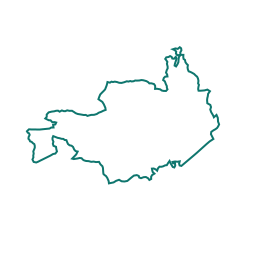 Eugênio de Castro, Rio Grande do Sul, Brazil (Natural Earth projection), rotated 48°
{"feature_id": "56859067B78433093473596", "entity_name": "Eugênio de Castro", "entity_type": "district", "adm_level": 2, "iso_a3": "BRA", "parent_name": "Brazil", "parent_adm1": "Rio Grande do Sul", "projection": "natural_earth1", "projection_center": [-54.267, -28.578], "detail": "fine", "context": "isolated", "style": "outline", "palette": "teal", "viewbox_px": 256, "rotation_deg": 48, "n_neighbors": 0, "source": "geoboundaries", "source_scale": "gbopen_adm2", "svg_char_len": 3759}
<svg xmlns="http://www.w3.org/2000/svg" viewBox="0 0 256 256"><g transform="rotate(48 128 128)"><path d="M193.3,71.9L188.1,70.5L186.6,68.7L186.9,66.0L187.4,63.9L187.6,61.7L187.1,59.9L186.3,57.9L183.5,56.8L180.6,54.5L177.5,53.5L177.5,57.0L175.9,56.4L174.0,56.0L171.9,55.6L169.3,54.5L168.0,52.3L165.9,51.4L162.7,52.5L160.1,50.5L158.8,49.0L157.9,47.6L156.2,45.6L155.5,42.5L152.6,43.3L151.3,45.9L149.8,47.9L148.7,49.3L147.5,50.6L146.0,49.8L144.6,48.2L143.4,46.4L141.8,46.1L140.1,44.1L138.1,42.9L136.1,42.3L134.2,42.6L132.1,42.7L129.9,43.4L128.1,44.1L126.5,45.0L124.7,44.4L122.9,43.3L121.3,41.4L119.5,41.5L117.6,41.3L115.5,40.1L113.9,40.5L112.3,39.5L110.7,37.9L108.8,40.0L109.4,42.8L111.3,45.0L112.8,46.5L113.8,48.8L114.4,51.1L112.8,51.6L111.7,50.2L110.1,47.4L108.7,45.4L107.1,44.9L107.3,47.5L106.0,48.6L104.4,48.0L102.7,48.6L102.4,50.3L101.1,52.3L101.6,54.1L103.2,54.2L105.2,54.5L106.3,56.1L108.8,57.4L110.2,58.6L110.9,60.4L112.3,62.7L114.4,63.1L116.1,64.2L114.7,66.0L114.8,67.9L115.9,69.8L118.0,69.4L120.7,70.5L122.8,71.1L124.1,72.2L125.7,72.8L125.9,75.0L124.3,76.7L122.8,77.8L120.8,78.2L118.5,80.0L117.0,81.7L115.9,80.5L114.6,79.5L112.7,79.3L110.5,80.7L109.1,82.3L107.6,82.3L105.6,82.9L103.8,84.0L102.5,84.9L101.3,86.0L100.2,87.9L98.7,89.7L97.5,90.9L97.0,92.5L95.9,94.1L94.6,94.9L93.8,96.6L92.5,97.6L91.4,100.3L90.2,102.6L88.5,104.3L86.5,105.4L84.7,106.8L83.8,108.4L82.5,109.3L82.2,111.1L80.1,112.5L81.2,114.0L82.2,115.6L83.2,117.6L84.0,119.2L84.2,121.4L84.3,123.6L84.5,126.2L85.6,128.5L86.8,130.7L89.0,130.2L91.4,129.6L94.2,130.1L97.8,131.3L99.6,132.5L98.7,134.7L98.0,137.2L97.1,139.4L96.7,141.9L95.5,144.4L93.7,146.5L92.7,148.3L91.9,150.0L90.1,150.6L88.6,152.3L86.4,154.0L83.9,156.0L81.9,157.0L80.1,157.4L77.7,158.1L76.1,160.0L74.2,161.4L73.5,163.4L72.4,164.5L70.7,165.4L70.1,167.9L68.3,168.4L67.1,169.9L66.2,171.7L64.8,173.7L63.3,176.5L63.6,179.4L65.3,180.9L65.6,183.1L69.2,181.7L70.5,180.4L73.1,180.4L74.5,178.6L75.9,177.7L76.7,179.6L75.5,181.5L77.8,183.0L76.3,184.7L75.9,186.7L70.1,194.6L64.4,200.8L62.7,202.5L62.8,205.3L64.4,205.6L65.8,205.1L67.3,205.7L68.2,207.9L69.4,209.2L70.9,209.2L72.4,209.7L73.8,208.9L75.8,208.8L77.2,208.4L78.7,209.1L80.2,210.4L81.0,211.9L82.0,214.0L83.9,215.2L85.2,217.0L86.5,217.9L87.5,220.1L90.1,220.8L92.2,219.3L92.9,217.4L93.4,215.5L95.9,206.6L96.6,204.1L97.2,201.1L98.4,199.1L97.9,196.5L95.9,195.5L93.8,194.1L91.4,195.3L89.4,194.4L88.3,192.6L86.2,191.9L84.9,190.8L84.0,189.0L86.2,187.9L88.2,186.9L89.9,185.6L91.6,184.6L92.9,183.3L94.5,183.1L95.8,181.9L97.6,182.6L99.7,183.3L101.7,183.0L103.4,181.8L105.3,181.5L108.0,182.4L110.1,182.4L111.8,181.2L113.0,184.2L113.4,190.0L114.8,189.1L115.9,187.4L116.9,185.9L117.9,184.0L119.4,182.7L121.3,182.7L122.7,182.3L124.5,181.2L126.3,179.4L128.5,178.0L130.0,176.0L131.9,174.6L133.8,172.2L136.6,172.8L139.3,172.6L141.0,173.4L142.4,174.5L144.3,176.0L145.7,177.0L147.3,176.9L149.0,176.5L151.2,176.8L154.5,177.9L156.4,179.2L158.8,175.1L159.3,172.2L160.5,169.3L163.3,168.4L165.4,166.4L166.9,163.9L167.0,161.1L167.1,158.5L167.3,155.5L168.9,153.0L170.8,152.1L172.3,152.8L174.0,151.9L175.0,149.3L176.4,147.5L178.8,146.7L180.9,146.9L181.4,144.9L179.7,143.4L179.1,141.6L179.6,138.9L177.3,139.1L175.8,138.4L174.2,137.4L175.3,136.0L177.3,135.1L179.2,134.9L178.0,132.6L177.8,130.5L179.0,129.3L179.9,127.8L180.6,125.4L181.6,124.0L180.9,121.8L180.3,119.2L182.4,119.9L184.8,120.4L186.9,120.8L188.3,120.0L187.6,118.1L185.8,116.8L184.3,118.1L183.0,117.6L184.4,115.4L186.1,113.9L187.4,111.9L188.7,113.9L190.4,114.7L191.9,113.7L192.4,97.7L192.5,93.3L192.5,85.3L192.5,83.2L192.5,80.5L192.6,76.3L193.3,71.9ZM108.8,40.0L106.9,38.7L106.0,36.3L104.3,35.2L102.6,35.5L102.5,38.1L100.6,39.5L99.5,42.0L101.3,41.2L103.4,41.0L104.8,42.6L107.1,42.5L108.8,40.0Z" fill="none" stroke="#0f766e" stroke-width="2"/></g></svg>